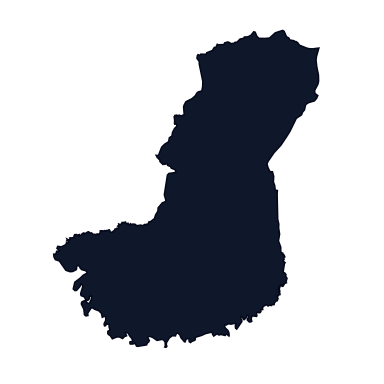 Non Khun, Si Sa Ket, Thailand (orthographic projection), rotated 262°
{"feature_id": "78962969B12242919423404", "entity_name": "Non Khun", "entity_type": "district", "adm_level": 2, "iso_a3": "THA", "parent_name": "Thailand", "parent_adm1": "Si Sa Ket", "projection": "orthographic", "projection_center": [104.683, 14.916], "detail": "fine", "context": "isolated", "style": "filled", "palette": "ink", "viewbox_px": 384, "rotation_deg": 262, "n_neighbors": 0, "source": "geoboundaries", "source_scale": "gbopen_adm2", "svg_char_len": 5852}
<svg xmlns="http://www.w3.org/2000/svg" viewBox="0 0 384 384"><g transform="rotate(262 192 192)"><path d="M316.9,337.7L317.0,331.1L317.5,328.4L318.6,325.5L322.5,318.8L325.1,317.5L326.4,316.1L326.3,315.6L327.7,313.9L328.9,310.1L331.1,309.3L332.6,307.2L338.3,305.6L339.4,304.3L338.1,296.7L333.7,290.2L333.9,285.8L334.9,279.6L337.2,277.9L341.5,276.8L342.1,275.4L339.1,272.3L337.9,269.0L338.2,265.4L337.0,264.5L336.8,260.9L334.0,257.2L334.3,255.6L333.5,254.4L333.5,251.0L334.5,250.3L335.6,248.5L335.2,245.2L333.6,244.0L334.2,238.3L334.8,237.6L331.9,235.7L331.6,235.2L332.1,234.5L331.9,234.0L330.1,232.5L329.4,232.4L327.9,226.0L326.4,225.1L327.3,219.9L326.6,219.4L326.5,218.4L327.2,217.2L326.2,216.2L323.6,215.5L320.3,217.3L317.4,217.0L300.0,218.1L294.9,217.2L290.7,215.8L290.3,212.1L289.1,210.4L286.8,208.6L284.4,204.9L282.3,198.6L279.1,196.2L277.3,195.5L269.1,195.0L269.5,193.8L268.7,192.0L269.9,190.1L269.3,188.0L269.5,187.5L270.3,187.6L270.2,185.7L269.1,184.8L265.6,184.8L262.3,184.2L261.6,184.3L261.2,186.2L259.3,186.2L257.4,183.6L253.7,181.0L250.2,179.9L248.9,177.1L245.1,175.9L243.1,171.5L240.6,168.2L233.3,164.1L232.9,163.1L233.3,161.6L230.7,162.5L230.4,163.7L229.7,163.4L227.9,164.7L226.6,164.5L223.3,167.1L223.7,167.7L223.1,169.0L223.5,169.5L223.3,171.0L222.6,171.7L221.8,171.6L220.2,174.2L218.4,174.9L216.5,178.3L214.2,178.9L213.6,177.4L213.6,171.7L212.2,170.0L193.1,164.2L187.2,165.0L186.0,163.9L185.5,161.2L181.1,156.3L177.7,155.5L174.6,152.9L170.9,151.1L168.2,146.4L168.6,145.4L167.5,144.6L166.6,144.7L166.4,142.4L165.6,142.0L166.5,140.8L165.5,138.2L166.4,136.7L166.3,133.3L166.9,131.8L167.5,131.6L167.2,131.1L167.8,131.1L168.3,130.1L168.5,128.7L168.0,127.9L169.2,126.6L168.5,125.9L168.6,124.2L169.4,123.9L169.3,124.4L169.9,124.4L169.9,122.6L170.5,121.5L170.9,122.1L171.5,122.0L171.3,119.3L170.8,119.0L171.5,118.5L170.0,117.4L169.9,116.1L170.5,115.0L169.6,115.1L168.6,113.7L168.2,114.4L166.6,114.1L166.2,113.3L166.6,112.6L165.9,111.4L166.1,110.7L164.8,109.8L163.9,108.1L163.2,107.8L163.7,105.3L165.3,105.3L166.0,104.9L166.1,104.3L165.6,103.6L165.8,101.8L165.2,101.2L166.0,100.1L165.6,98.7L166.2,97.6L166.3,95.7L164.4,95.4L162.9,93.5L163.7,92.5L163.3,90.7L164.1,87.8L165.5,86.9L165.7,84.7L166.6,84.6L167.1,83.6L165.8,80.6L166.5,78.9L165.2,79.0L165.3,78.5L165.9,78.3L165.9,77.4L165.0,76.6L164.5,75.3L164.5,73.7L165.5,74.3L165.2,72.2L166.0,71.7L166.1,69.9L164.7,68.9L163.6,68.9L163.0,68.5L163.5,66.8L162.9,65.7L163.5,65.3L163.5,64.5L162.2,64.7L161.6,63.3L162.9,61.6L162.0,61.8L161.1,61.1L160.4,63.2L158.6,62.7L159.3,60.7L157.4,59.6L155.9,55.0L156.9,51.5L155.0,50.4L152.3,52.6L151.9,51.7L152.2,49.8L149.4,48.4L149.7,46.4L146.7,46.3L144.0,47.3L142.2,51.0L132.0,56.2L130.0,60.2L129.9,62.9L131.1,66.4L131.9,67.0L134.5,67.4L135.0,68.8L134.2,70.2L132.2,70.7L130.5,72.0L128.9,75.6L127.6,76.8L126.7,76.8L126.1,76.2L124.7,72.6L122.4,69.5L119.0,63.4L112.5,60.9L110.6,62.4L110.6,64.0L114.2,68.1L116.3,69.0L116.3,69.8L113.9,70.8L107.4,67.8L105.9,67.5L104.8,67.8L103.0,70.9L100.1,71.7L99.2,72.9L99.3,74.0L100.5,75.4L102.6,75.9L103.1,77.1L102.9,77.9L101.8,78.0L99.8,77.3L96.2,75.0L96.0,74.2L96.6,73.1L99.1,71.0L99.3,70.2L98.6,67.8L97.4,67.0L96.1,66.9L91.0,68.6L85.4,68.4L84.0,69.8L84.2,71.8L86.4,71.8L91.3,76.1L91.1,77.4L89.4,79.3L87.3,83.2L84.5,85.4L80.4,85.7L81.1,88.1L80.4,89.1L76.9,88.7L73.8,86.6L71.8,86.6L71.4,87.1L72.8,89.1L73.0,90.8L72.7,91.4L69.5,91.1L66.7,91.6L65.8,89.3L63.6,88.9L62.5,89.4L61.1,91.1L57.7,92.7L58.8,96.9L58.7,99.7L56.5,102.9L58.1,104.8L58.7,107.2L61.9,106.4L61.7,108.7L57.3,110.7L55.9,111.8L53.9,112.4L52.0,112.2L52.4,109.9L51.2,109.4L50.0,109.7L49.7,112.1L50.0,114.7L47.1,115.6L46.7,116.6L46.9,125.7L48.8,126.9L49.5,128.2L50.8,129.1L54.0,127.9L54.8,128.7L54.9,130.2L53.5,132.8L49.9,136.7L50.2,141.9L49.4,143.3L46.7,144.6L45.3,144.2L43.7,144.3L42.3,143.4L41.9,144.0L41.9,144.9L42.8,145.7L44.5,145.3L46.4,145.8L50.7,149.3L52.4,152.6L51.8,155.6L53.5,156.4L54.6,157.7L52.5,160.0L49.2,160.8L44.6,163.7L44.6,164.5L47.0,165.5L47.4,167.1L46.8,168.6L44.2,168.3L43.1,169.6L44.1,171.1L44.7,174.0L45.6,174.8L46.9,174.7L47.7,175.6L48.6,181.4L49.9,185.8L50.5,192.3L48.1,192.6L46.3,193.5L48.1,197.0L46.6,198.8L46.9,200.8L45.3,204.8L46.7,206.5L44.2,208.5L45.0,208.9L47.9,208.9L49.9,208.3L52.8,206.0L55.0,205.5L55.7,205.9L55.5,207.3L56.4,209.4L55.7,212.4L55.9,215.2L55.4,217.0L54.9,217.2L53.3,216.2L51.0,216.2L50.0,217.2L56.7,223.3L57.7,223.5L60.4,222.7L61.7,223.4L61.3,224.4L58.6,225.3L58.3,225.8L59.9,228.1L62.2,229.2L62.2,230.3L60.8,230.7L57.7,228.9L55.3,230.6L55.2,232.2L55.6,233.2L58.2,233.0L60.7,234.0L60.7,235.4L59.8,238.6L60.5,239.1L61.9,238.9L63.7,239.4L63.9,240.3L63.0,241.6L63.2,242.9L64.2,243.7L66.0,243.7L65.8,245.7L67.7,245.6L69.3,247.8L70.0,250.3L68.5,251.4L69.1,253.1L68.5,254.7L69.2,255.9L69.0,257.6L70.6,258.2L72.2,259.7L72.5,261.4L74.7,262.4L76.2,261.8L77.4,261.9L77.1,262.9L78.2,264.0L78.2,264.9L80.0,264.9L81.2,264.0L81.6,265.2L83.2,265.0L83.1,264.4L83.8,263.9L84.3,264.9L85.0,264.5L85.0,265.5L85.9,265.9L86.5,265.4L86.8,266.6L87.6,266.9L87.3,267.6L86.0,268.1L86.1,269.0L88.3,270.0L88.4,270.4L87.6,270.3L88.6,271.1L89.0,272.9L89.8,272.6L93.4,274.1L95.8,272.9L96.9,273.6L98.8,272.7L99.7,271.4L100.7,271.3L108.3,273.6L109.0,274.4L111.0,272.6L112.3,273.8L113.7,273.6L114.8,274.9L116.8,274.4L117.6,273.4L118.5,273.5L118.4,272.7L119.1,272.8L120.1,271.6L122.3,271.9L123.0,271.5L123.7,272.1L125.2,272.2L131.5,270.8L138.1,272.9L144.4,272.8L148.0,273.5L153.2,273.1L178.6,276.1L181.6,276.8L182.3,274.7L187.0,274.8L190.6,274.0L196.1,275.1L200.9,274.5L201.3,272.0L205.9,270.6L209.4,270.2L211.9,271.7L219.7,278.9L226.0,286.6L234.9,294.5L238.8,297.7L250.5,305.6L253.1,311.2L255.6,312.5L257.6,314.8L262.0,316.4L263.0,317.2L264.2,319.7L265.2,326.0L267.5,328.5L270.0,330.0L272.5,327.5L275.4,327.5L281.2,331.7L284.1,332.8L290.2,333.5L299.1,333.0L305.2,333.2L308.8,334.1L316.9,337.7Z" fill="#0f172a" stroke="#020617" stroke-width="1.5"/></g></svg>